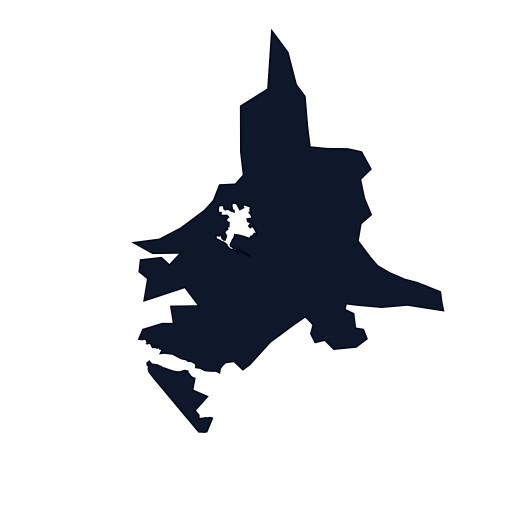 the district of Urtachirchik, Tashkent, Uzbekistan, rotated 230°
{"feature_id": "79887680B65075786438492", "entity_name": "Urtachirchik", "entity_type": "district", "adm_level": 2, "iso_a3": "UZB", "parent_name": "Uzbekistan", "parent_adm1": "Tashkent", "projection": "robinson", "projection_center": [69.308, 41.051], "detail": "fine", "context": "isolated", "style": "filled", "palette": "ink", "viewbox_px": 512, "rotation_deg": 230, "n_neighbors": 0, "source": "geoboundaries", "source_scale": "gbopen_adm2", "svg_char_len": 3552}
<svg xmlns="http://www.w3.org/2000/svg" viewBox="0 0 512 512"><g transform="rotate(230 256 256)"><path d="M344.9,170.8L324.5,178.5L306.7,200.3L304.7,183.8L315.5,182.6L327.2,165.0L319.0,156.4L308.2,158.5L293.6,141.4L277.7,181.4L254.4,180.2L272.2,158.4L257.2,149.4L264.5,140.7L272.4,122.1L267.6,112.7L265.8,114.4L264.7,115.7L264.7,117.0L261.8,118.2L260.6,117.2L259.2,118.0L259.1,116.0L258.5,116.5L258.0,118.3L255.1,119.2L254.4,118.2L252.3,118.1L250.8,120.0L251.1,120.9L249.0,120.9L248.1,123.2L246.4,122.6L245.7,123.6L244.4,123.9L242.8,120.0L240.7,123.3L236.2,127.4L234.9,128.9L228.2,131.7L225.3,132.9L221.6,135.7L220.7,136.2L219.3,136.2L217.0,138.6L213.2,140.2L210.8,139.8L209.4,138.1L205.8,141.3L201.3,143.1L198.0,146.3L194.8,149.8L193.6,151.4L189.9,153.0L192.7,156.1L193.7,160.0L193.9,164.2L189.4,171.4L182.1,172.3L177.3,172.8L176.8,181.4L180.9,211.4L179.0,242.1L177.8,254.7L174.4,255.1L166.6,255.6L161.2,248.0L151.7,245.7L147.3,254.6L134.6,255.7L121.9,274.2L121.2,287.8L130.7,291.0L136.8,285.8L149.0,293.7L157.9,289.7L161.5,294.4L152.3,303.0L135.9,319.4L121.1,340.5L93.6,364.5L100.7,368.3L110.0,374.2L132.3,362.2L142.5,354.9L157.3,347.5L170.4,342.8L181.4,342.7L202.0,343.8L213.3,357.1L213.5,370.8L230.6,376.2L247.6,385.3L248.7,399.9L267.9,403.7L279.0,395.2L292.5,379.5L304.8,367.4L321.7,378.4L346.8,396.1L361.3,396.9L391.5,411.3L418.4,412.9L376.3,372.5L380.7,340.6L345.6,311.3L326.0,298.4L324.2,286.4L333.8,273.8L325.8,259.1L324.0,245.9L325.7,216.2L330.9,192.7L344.9,170.8ZM295.0,240.8L295.6,242.0L294.3,242.5L291.0,241.3L288.9,241.8L288.1,242.5L289.6,245.0L290.6,246.4L292.2,246.7L294.7,247.2L294.9,250.2L294.8,251.7L295.7,251.7L296.9,253.5L296.0,254.1L298.8,256.6L299.0,256.9L301.5,255.6L302.0,256.1L303.5,257.4L303.4,259.9L305.8,259.8L309.5,255.1L311.7,257.1L313.8,254.9L315.1,256.5L315.8,256.8L318.5,259.9L315.8,263.3L314.7,263.2L312.7,261.8L311.0,262.2L311.1,263.3L310.7,263.5L310.4,263.9L308.3,265.6L307.5,265.5L305.6,266.5L303.9,267.5L305.2,268.5L306.6,267.7L311.2,270.5L311.0,273.6L309.8,273.7L309.4,274.9L304.0,273.9L301.9,273.4L301.0,277.6L303.2,278.1L303.1,278.4L303.0,279.9L299.1,282.2L297.5,283.0L296.1,283.9L296.0,283.5L295.9,282.7L295.6,283.0L295.2,281.0L293.3,280.6L293.8,278.8L291.6,278.7L290.1,278.4L287.3,277.4L288.8,275.3L288.4,275.1L290.1,273.2L288.6,272.2L288.2,271.9L287.0,272.0L286.4,272.8L284.4,273.0L283.7,269.7L281.4,269.8L281.3,272.4L277.7,272.3L275.8,271.9L273.4,271.2L272.1,270.7L272.0,270.3L274.3,269.3L273.5,266.1L274.3,264.9L274.0,263.8L272.7,262.9L274.7,261.7L279.9,258.4L281.8,257.1L282.3,256.7L282.9,256.3L286.0,253.5L283.5,249.8L283.8,249.1L281.3,243.7L279.9,242.8L272.2,246.1L272.0,247.9L271.1,246.7L260.9,251.7L259.9,251.4L262.2,249.9L270.1,246.3L269.6,245.3L269.9,244.4L270.9,245.1L272.8,244.4L274.5,242.5L275.5,243.4L277.2,240.8L280.5,240.3L282.0,240.1L283.3,240.9L285.9,240.5L288.2,239.7L288.3,239.1L291.7,238.2L294.3,236.7L295.6,236.9L297.4,238.8L295.0,240.8ZM226.6,99.2L158.1,99.1L154.0,103.5L153.0,105.4L159.7,118.3L161.9,116.9L162.5,115.6L163.3,114.4L164.4,113.4L165.3,112.0L165.3,110.8L166.6,110.1L167.1,108.8L168.0,107.6L170.8,109.9L176.9,110.0L179.5,128.5L194.0,121.2L201.6,130.5L203.4,129.3L205.8,128.8L208.6,128.9L211.0,129.0L211.6,129.8L214.4,127.5L215.3,125.0L216.3,122.8L218.8,120.2L222.7,117.4L227.4,114.7L229.5,113.5L229.3,112.6L230.6,112.5L232.4,112.3L233.9,111.2L235.5,110.7L238.2,108.4L240.0,106.7L241.8,106.6L244.0,106.6L243.3,105.5L244.1,104.7L244.1,103.9L242.9,103.1L242.7,102.7L240.4,102.9L238.9,101.0L235.7,99.5L226.6,99.2Z" fill="#0f172a" stroke="#020617" stroke-width="1.5"/></g></svg>